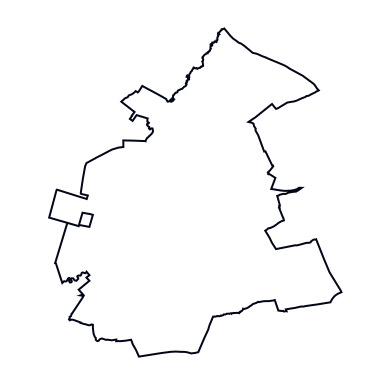 the district of Erbiceni, Iasi, Romania, rotated 87°
{"feature_id": "2599482B88685264403288", "entity_name": "Erbiceni", "entity_type": "district", "adm_level": 2, "iso_a3": "ROU", "parent_name": "Romania", "parent_adm1": "Iasi", "projection": "orthographic", "projection_center": [27.214, 47.273], "detail": "fine", "context": "isolated", "style": "outline", "palette": "ink", "viewbox_px": 384, "rotation_deg": 87, "n_neighbors": 0, "source": "geoboundaries", "source_scale": "gbopen_adm2", "svg_char_len": 5923}
<svg xmlns="http://www.w3.org/2000/svg" viewBox="0 0 384 384"><g transform="rotate(87 192 192)"><path d="M81.6,75.5L73.4,88.9L73.1,89.0L70.8,92.4L69.1,95.7L62.9,108.7L61.5,111.3L60.2,114.5L58.0,118.7L57.3,120.2L56.2,124.1L48.8,132.1L46.4,135.2L45.9,136.0L45.8,136.9L40.9,142.9L38.3,145.3L30.4,151.2L31.0,152.6L30.9,153.7L31.1,154.0L31.8,153.9L32.7,155.2L34.2,156.5L34.3,157.4L35.0,157.7L35.3,157.7L35.4,157.0L36.0,156.5L36.2,157.0L37.0,157.9L37.8,157.7L39.0,158.6L41.4,158.6L41.6,158.8L41.8,159.6L43.1,159.5L43.5,159.7L43.6,160.0L42.8,161.2L42.8,161.5L44.0,162.3L43.8,163.9L44.2,164.1L45.0,163.8L45.3,163.9L45.2,165.1L45.5,165.7L46.0,165.7L46.4,164.3L46.6,164.2L47.1,164.6L47.0,165.4L47.4,165.8L48.2,166.0L49.1,166.0L49.8,165.6L50.5,166.4L52.0,166.8L52.2,167.0L52.3,167.7L53.1,168.1L53.2,168.9L54.3,169.1L54.2,170.3L54.8,170.7L55.7,172.4L58.0,174.5L58.4,174.6L58.6,174.1L59.2,174.2L60.4,173.9L61.2,174.0L62.3,174.9L62.6,174.5L66.6,174.3L66.9,174.7L66.9,175.5L67.5,176.0L67.3,176.4L67.6,176.9L68.5,177.6L68.4,178.2L68.8,179.0L68.9,179.7L69.2,180.3L68.5,180.8L68.4,181.0L68.7,181.6L68.7,182.4L67.7,183.7L67.7,183.9L69.2,184.5L69.5,185.0L71.3,186.0L72.3,187.2L73.4,187.6L74.2,188.4L76.1,189.1L76.3,189.4L76.2,189.6L75.3,190.6L76.0,191.2L76.7,191.4L77.1,190.1L77.7,190.1L77.6,189.8L77.0,189.2L77.1,188.7L77.4,188.7L78.2,189.0L79.4,189.0L80.0,190.7L80.8,191.6L81.0,191.6L81.4,191.0L82.3,191.4L82.8,192.3L83.2,192.5L83.7,192.4L84.0,191.8L84.4,191.8L85.8,192.8L86.7,194.6L88.5,196.5L88.7,197.6L90.1,200.9L91.6,201.4L92.0,202.0L91.9,202.7L92.0,203.1L92.9,204.2L93.9,204.7L94.5,205.8L96.5,206.0L96.8,206.1L97.4,206.9L98.4,207.5L98.7,207.4L98.8,207.0L98.8,206.5L98.2,205.5L98.5,205.0L99.5,205.8L100.1,206.5L100.8,208.0L100.0,208.3L98.9,208.0L98.6,208.4L100.3,210.1L100.5,211.0L100.5,211.6L99.8,211.8L99.3,212.4L97.9,212.8L97.7,213.1L94.0,218.8L83.5,236.1L88.6,239.7L89.6,240.8L89.7,241.0L88.3,242.9L89.7,244.5L91.1,246.6L92.3,250.1L94.0,251.3L94.8,253.8L98.1,257.9L109.1,245.2L112.6,248.1L112.8,247.9L115.8,250.2L117.9,247.6L112.3,243.3L116.2,232.5L116.6,232.7L119.4,232.9L120.2,232.4L120.2,231.8L120.7,231.4L121.2,231.8L122.0,233.4L122.5,233.5L124.1,232.4L124.7,231.3L125.1,231.2L126.2,231.7L127.3,230.8L127.2,230.3L126.4,229.3L126.3,228.8L126.5,228.1L129.2,227.7L131.1,228.6L133.7,231.4L134.0,232.0L134.9,232.7L135.5,233.8L136.0,234.2L137.9,235.4L138.9,235.7L138.7,236.2L137.6,248.2L136.9,257.9L143.5,258.2L143.8,263.1L145.4,269.6L152.8,285.9L157.6,295.9L160.8,297.4L172.7,300.2L187.0,303.1L187.8,303.1L188.2,302.6L190.0,296.2L193.5,297.5L182.7,326.5L182.6,326.9L182.8,327.1L210.1,336.0L220.1,307.0L207.0,302.4L208.8,294.5L209.7,292.2L221.5,296.3L219.0,306.4L220.2,306.9L216.3,318.1L255.9,332.4L256.0,331.7L256.3,331.6L276.1,326.3L274.4,324.4L274.8,322.7L274.2,321.6L272.5,320.7L271.7,320.0L271.3,319.3L271.5,319.0L272.0,318.9L273.3,319.6L274.8,319.3L275.9,318.7L276.0,317.6L275.4,316.8L274.7,316.7L273.7,317.4L272.5,317.6L272.0,317.1L271.9,316.7L272.0,315.4L272.2,315.0L274.0,314.0L274.6,312.3L274.6,312.0L273.3,310.9L272.8,310.2L272.0,310.1L270.5,311.0L269.8,310.7L269.5,309.8L269.6,307.5L269.1,307.1L267.1,306.4L266.7,305.7L266.7,304.9L267.4,303.7L267.5,302.6L266.8,301.9L266.1,301.5L269.7,298.8L271.9,301.9L275.3,299.1L283.6,310.3L288.5,306.3L289.4,309.0L290.1,305.7L292.5,307.3L307.3,318.3L307.3,318.6L309.7,319.4L310.2,320.7L311.5,320.7L312.8,321.5L313.7,320.8L313.2,319.2L313.2,318.5L313.6,316.8L316.5,310.0L316.9,310.2L318.2,306.6L318.8,304.3L319.5,302.8L319.7,301.3L319.6,300.5L319.0,299.4L319.4,297.9L322.2,298.1L327.2,297.8L329.1,297.5L331.9,296.5L332.5,295.8L334.6,295.8L335.7,294.7L336.0,294.1L335.7,293.1L334.1,291.6L333.6,289.9L333.7,289.2L334.9,286.3L335.2,285.1L335.0,284.5L335.9,279.9L335.4,275.3L337.0,275.5L337.2,270.9L337.0,266.0L336.4,260.5L341.0,259.1L346.8,256.2L353.6,253.6L351.2,230.8L350.5,221.7L350.5,216.9L351.1,210.8L351.3,207.7L351.8,205.2L353.2,200.9L353.0,200.0L353.0,198.1L352.3,194.1L338.2,187.2L330.5,183.1L326.0,181.5L317.6,177.5L317.7,177.1L317.5,176.1L317.7,175.5L317.7,174.8L317.2,173.7L317.5,170.7L316.8,169.7L316.9,169.2L317.1,169.0L317.1,168.6L316.4,167.0L315.9,166.6L316.1,165.2L315.4,163.6L315.4,162.0L315.6,160.9L315.2,160.0L315.2,159.2L315.6,158.9L315.1,158.5L315.2,157.5L314.9,156.7L315.1,156.3L315.1,154.8L315.0,154.2L315.1,152.8L315.5,151.3L315.1,150.9L314.6,150.9L314.1,150.3L314.3,149.8L313.5,149.1L313.2,148.1L312.0,147.3L311.2,147.1L311.6,145.9L310.7,142.8L309.7,140.9L309.3,140.6L308.6,139.1L307.1,137.1L306.1,133.6L305.1,131.7L305.5,130.9L304.9,127.4L304.8,124.3L305.0,121.5L304.6,116.3L304.2,115.0L314.9,112.0L315.6,108.3L315.5,107.1L316.0,106.7L316.2,106.1L315.8,104.6L316.0,103.8L314.1,104.4L313.1,95.1L312.1,89.2L312.2,86.5L311.8,84.0L310.9,73.4L309.4,59.5L306.5,57.8L303.9,55.6L302.4,53.7L301.1,51.3L299.9,48.0L297.9,48.8L279.5,58.8L265.9,63.7L245.7,70.5L246.0,71.0L246.0,71.5L245.8,72.3L246.1,73.4L247.3,75.4L248.5,76.3L248.8,77.2L248.8,80.4L250.7,89.3L250.8,90.2L250.6,91.6L253.4,111.1L246.5,115.0L241.8,116.9L234.5,120.9L233.2,118.8L232.3,117.9L232.0,115.6L230.5,111.9L228.5,108.7L227.7,107.8L226.7,105.9L225.6,103.5L225.2,101.7L222.2,102.3L222.0,102.6L212.5,105.8L212.5,105.3L210.5,105.7L210.2,104.9L200.3,107.1L199.9,105.3L199.3,104.4L198.6,100.7L198.9,98.7L197.9,96.3L197.6,95.2L197.1,90.7L197.1,88.2L195.9,85.9L193.6,82.2L193.4,85.0L194.7,87.0L195.6,90.9L195.8,93.6L195.8,97.6L195.7,99.5L195.2,102.9L193.1,112.7L182.3,108.0L178.4,113.4L178.2,114.8L177.2,114.5L176.8,115.3L176.4,115.3L174.6,113.1L170.6,109.5L169.9,109.8L170.2,110.3L155.3,116.5L155.4,117.8L138.9,122.9L134.0,125.3L132.8,125.3L132.2,125.0L129.4,126.6L127.3,126.9L126.9,127.1L125.9,128.8L125.0,131.9L120.7,124.7L108.3,107.5L113.3,103.9L113.4,103.7L112.9,102.0L107.9,92.6L107.6,91.8L106.9,85.3L106.1,82.3L104.5,78.4L103.1,74.1L102.2,72.6L102.0,70.6L101.6,69.7L100.7,67.9L99.1,64.1L98.1,62.4L97.2,60.1L95.2,61.7L91.2,64.1L89.9,65.4L81.6,75.5Z" fill="none" stroke="#020617" stroke-width="2"/></g></svg>